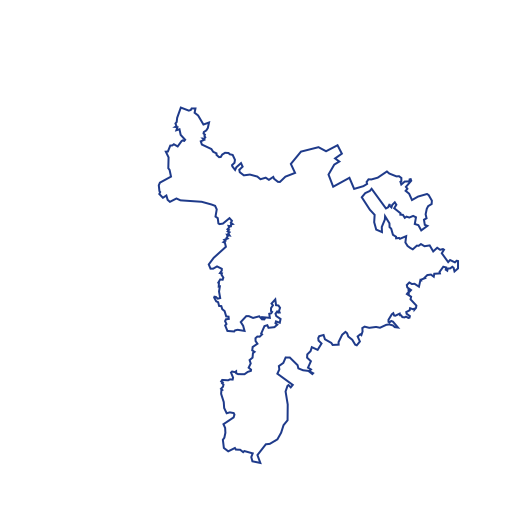 outline of Teloloapan, Guerrero, Mexico, rotated 223°
{"feature_id": "50627088B66496365235965", "entity_name": "Teloloapan", "entity_type": "district", "adm_level": 2, "iso_a3": "MEX", "parent_name": "Mexico", "parent_adm1": "Guerrero", "projection": "robinson", "projection_center": [-99.906, 18.387], "detail": "fine", "context": "isolated", "style": "outline", "palette": "blue", "viewbox_px": 512, "rotation_deg": 223, "n_neighbors": 0, "source": "geoboundaries", "source_scale": "gbopen_adm2", "svg_char_len": 6162}
<svg xmlns="http://www.w3.org/2000/svg" viewBox="0 0 512 512"><g transform="rotate(223 256 256)"><path d="M122.3,105.7L118.6,103.4L111.7,107.6L119.2,111.4L120.4,125.0L117.8,128.0L115.3,136.5L117.1,143.9L120.5,151.1L120.9,157.4L131.5,169.0L142.0,177.1L144.4,182.5L144.2,183.8L141.0,183.6L141.2,186.8L160.1,184.5L161.6,189.0L164.2,191.1L163.1,196.4L165.1,202.0L162.0,204.8L151.1,204.5L148.4,202.7L143.7,204.5L139.3,207.7L134.3,208.1L134.3,209.2L138.5,208.1L138.4,210.5L141.8,209.8L144.1,216.5L149.3,216.5L151.4,219.0L151.2,223.6L153.0,227.4L146.9,229.4L148.4,236.7L152.6,236.8L154.5,238.4L155.1,240.5L152.7,244.3L148.8,242.1L141.6,243.8L139.3,243.2L135.1,247.5L136.9,249.3L139.3,257.2L138.8,261.5L136.7,261.6L133.6,260.0L128.5,260.4L123.0,258.8L121.4,259.4L121.7,264.3L126.8,266.5L126.3,269.9L125.0,270.0L126.6,273.5L129.1,275.8L128.4,278.4L124.2,280.7L119.8,286.0L116.4,288.1L113.8,294.5L111.9,296.8L108.5,298.6L106.0,298.6L103.4,300.5L111.1,301.4L112.8,300.7L113.1,298.5L114.2,298.2L115.6,299.7L116.9,306.0L116.6,307.8L114.4,306.7L113.4,307.3L111.6,311.9L110.2,310.9L109.3,311.6L107.3,311.1L105.5,312.4L104.9,314.0L102.3,314.6L101.7,315.6L102.5,317.0L106.5,316.5L107.9,317.5L106.6,321.1L107.7,322.9L105.1,324.0L104.2,325.5L103.5,324.8L103.6,327.2L104.9,329.1L113.4,329.7L114.8,332.0L119.7,331.1L119.8,332.0L118.2,332.2L120.9,334.8L119.4,335.0L119.4,336.8L123.9,336.2L125.9,337.6L125.8,341.2L122.9,341.8L121.1,343.8L115.9,344.7L119.4,350.6L118.6,350.9L119.1,351.4L117.3,355.0L117.9,355.0L117.7,358.9L115.4,361.7L111.9,362.1L113.5,364.6L109.6,368.7L110.9,369.5L111.7,375.9L109.1,377.3L107.9,375.4L106.1,375.7L107.2,377.6L105.5,379.4L105.1,382.0L103.4,382.1L100.3,380.1L99.8,384.7L104.8,390.1L106.0,389.4L106.2,387.0L111.3,385.4L111.3,382.6L122.0,384.7L122.8,388.8L124.0,388.6L125.6,386.1L129.1,385.6L129.5,380.2L136.2,382.2L139.4,378.1L143.5,377.2L144.0,374.4L145.4,373.3L145.9,367.8L148.6,367.1L152.0,366.7L156.0,367.8L159.7,372.9L162.5,366.7L163.6,366.8L165.6,364.5L166.7,365.6L170.3,364.9L175.8,368.2L178.0,368.2L180.7,370.9L188.7,373.1L186.6,370.5L183.8,363.0L180.2,359.4L186.1,357.3L192.6,361.3L197.3,367.0L204.3,367.5L218.7,371.1L219.0,376.5L217.1,381.2L217.3,384.0L193.4,379.4L192.6,381.7L193.7,385.2L192.4,383.9L190.1,383.9L191.2,386.3L191.1,389.9L188.3,389.2L187.5,385.2L179.4,385.8L178.6,384.7L176.6,386.3L173.2,385.4L172.8,387.4L170.1,388.7L168.4,392.5L165.4,393.4L161.7,387.7L158.3,389.3L152.6,387.4L151.2,394.9L153.8,393.9L157.9,397.1L157.0,399.9L160.4,402.2L163.3,407.0L164.1,409.9L163.0,413.8L165.1,416.4L171.2,418.3L173.2,418.0L178.0,410.0L180.1,403.3L186.5,406.0L191.0,405.7L191.1,408.4L193.5,408.8L193.8,416.9L195.3,417.7L195.9,416.8L194.7,415.2L198.0,411.9L198.5,407.4L201.0,408.8L200.7,409.8L202.9,412.2L205.8,411.9L207.6,410.0L214.8,407.2L217.9,407.1L220.4,396.3L223.8,390.7L226.0,388.8L225.6,385.6L223.9,384.5L225.1,380.3L230.0,372.0L241.0,376.9L246.8,359.3L258.5,365.0L261.1,376.2L259.5,381.9L264.7,381.3L263.0,389.4L271.9,392.6L276.2,380.4L284.5,378.2L294.3,363.0L293.3,347.1L284.1,343.4L288.6,334.1L289.0,326.5L290.5,325.2L295.4,324.8L297.3,325.6L298.5,320.5L302.3,319.9L305.1,315.2L309.2,315.0L316.0,311.4L319.9,306.7L325.0,306.2L327.0,307.6L326.7,312.2L330.3,313.7L330.9,307.5L330.0,304.7L334.4,305.4L335.5,306.1L335.3,309.5L337.0,312.0L342.0,314.0L344.6,312.5L346.3,312.6L349.0,310.4L349.9,307.1L349.3,304.4L350.4,303.1L353.8,303.0L354.9,304.1L358.4,303.0L361.6,303.8L371.6,300.6L374.6,302.2L373.1,305.7L374.9,305.7L373.9,306.6L374.0,308.2L375.6,308.6L376.1,309.9L377.9,309.8L378.7,311.1L378.0,313.9L378.5,316.7L381.4,321.6L384.1,316.3L394.2,319.3L398.6,318.9L400.9,322.6L403.7,320.0L403.3,318.3L404.3,316.5L412.2,313.3L407.9,303.3L405.4,299.9L405.3,298.0L402.7,296.7L403.1,295.3L401.3,296.6L400.0,293.7L398.4,296.5L393.7,293.2L387.1,292.7L387.0,291.2L388.5,290.5L388.8,289.3L388.0,282.7L392.3,281.7L392.6,279.8L394.0,278.3L391.7,272.3L393.1,270.8L387.2,268.5L380.0,260.4L377.9,260.0L372.3,256.1L376.3,244.1L375.3,241.4L370.9,237.6L369.7,237.4L369.0,235.4L363.8,235.1L362.8,239.1L358.9,236.8L355.9,236.9L353.4,243.8L349.2,245.2L332.7,258.6L323.7,263.3L320.1,264.8L316.5,263.3L312.5,257.2L309.8,257.6L305.7,254.2L304.5,254.4L302.3,257.1L301.2,265.6L297.6,265.3L297.1,263.2L294.9,263.4L295.8,262.1L294.7,260.7L296.6,259.3L295.0,258.6L295.1,256.2L293.6,256.6L293.5,254.7L291.6,255.3L291.6,253.6L289.4,253.0L291.6,251.7L290.2,251.1L289.9,249.3L288.7,249.4L290.2,246.2L288.7,246.2L289.2,244.0L287.8,244.5L284.3,242.2L285.7,225.8L284.8,217.6L280.6,215.7L278.7,217.5L277.4,221.8L272.3,223.3L271.1,222.0L270.7,219.0L269.1,220.1L268.5,218.8L265.1,217.9L264.2,215.9L266.2,214.4L265.4,210.8L264.7,211.0L262.4,208.2L261.7,209.1L258.8,204.8L253.5,200.8L254.9,198.7L257.4,198.7L258.6,197.9L258.3,197.1L254.2,195.7L252.2,196.4L248.9,194.3L247.2,195.7L244.4,194.1L241.4,194.3L236.6,191.5L234.7,192.9L233.0,191.4L234.8,189.2L234.2,187.3L231.2,186.1L231.2,184.2L225.8,181.7L220.5,185.9L220.6,187.3L219.1,189.5L213.3,193.4L217.8,196.2L222.1,197.3L222.1,205.4L220.3,207.1L215.9,208.7L212.5,214.1L208.4,213.8L206.7,215.3L206.9,216.3L209.3,214.5L209.9,215.4L203.7,220.2L206.9,222.8L205.8,224.5L206.1,226.1L207.5,226.0L209.5,228.2L210.0,231.5L212.2,231.8L212.3,237.4L207.8,233.7L205.8,235.1L203.1,234.5L201.7,231.5L200.2,230.8L201.2,229.7L202.7,229.8L202.4,227.1L200.2,225.9L195.1,226.7L193.1,223.4L196.8,221.8L195.9,220.1L193.6,220.3L194.0,216.5L197.9,212.0L200.5,213.1L202.0,210.5L199.3,202.8L198.1,202.8L198.3,199.5L200.1,198.0L200.3,195.5L198.3,193.5L195.1,192.8L196.4,187.2L194.4,184.4L191.7,184.9L192.0,182.9L189.2,179.3L189.7,175.5L186.6,173.8L185.2,169.3L182.1,169.5L181.4,168.5L183.0,165.6L183.8,161.7L188.5,157.4L190.5,156.7L191.9,158.1L192.2,156.7L194.7,155.2L194.8,153.7L189.8,151.4L188.8,149.7L190.9,148.0L191.6,146.1L196.2,142.3L195.9,140.5L194.1,140.9L194.0,139.8L192.1,139.8L191.0,137.9L191.0,135.0L189.3,135.0L189.6,134.0L187.5,131.4L180.0,127.2L175.6,123.1L170.2,121.0L168.5,123.8L165.2,125.9L163.6,125.3L162.3,122.7L165.1,110.8L161.3,109.2L157.8,105.8L155.2,101.5L154.9,99.0L148.6,93.7L143.1,94.2L140.5,101.2L138.7,100.7L135.4,103.5L131.6,103.8L131.5,105.4L123.8,109.4L122.3,105.7Z" fill="none" stroke="#1e3a8a" stroke-width="2"/></g></svg>